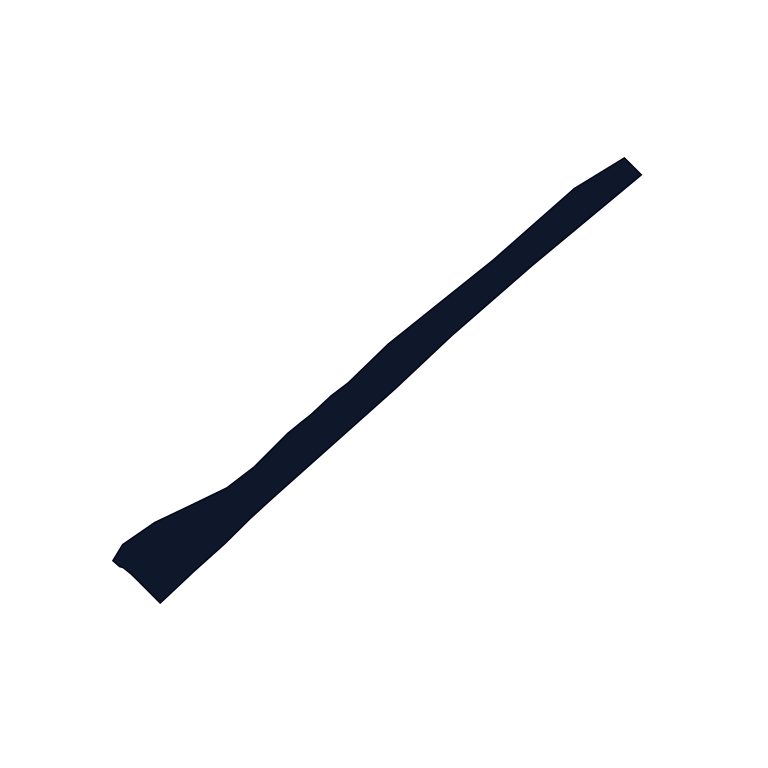 Teone, Tuvalu (Natural Earth projection), rotated 67°
{"feature_id": "33948139B32813308345680", "entity_name": "Teone", "entity_type": "district", "adm_level": 2, "iso_a3": "TUV", "parent_name": "Tuvalu", "parent_adm1": "", "projection": "natural_earth1", "projection_center": [179.198, -8.507], "detail": "fine", "context": "isolated", "style": "filled", "palette": "ink", "viewbox_px": 768, "rotation_deg": 67, "n_neighbors": 0, "source": "geoboundaries", "source_scale": "gbopen_adm2", "svg_char_len": 551}
<svg xmlns="http://www.w3.org/2000/svg" viewBox="0 0 768 768"><g transform="rotate(67 384 384)"><path d="M269.8,74.4L278.4,132.3L312.5,234.9L329.8,296.5L348.9,364.5L368.9,416.4L374.1,436.9L383.8,463.6L386.7,474.4L391.8,491.9L409.6,535.9L418.2,569.2L420.3,611.7L421.9,649.2L429.7,687.3L440.7,702.6L448.8,698.7L451.1,695.8L460.1,691.0L469.5,687.1L498.2,675.6L482.0,631.6L468.9,593.3L455.6,559.9L445.2,530.4L417.2,447.7L392.6,375.1L366.0,303.0L360.2,285.2L333.1,202.2L292.0,65.4L269.8,74.4Z" fill="#0f172a" stroke="#020617" stroke-width="1.5"/></g></svg>